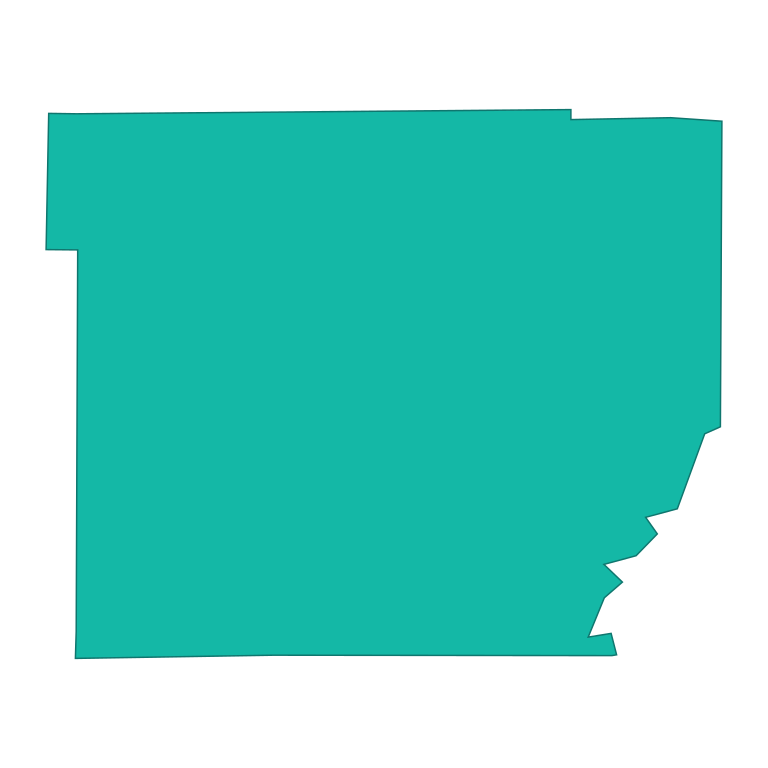 the district of Wyoming, New York, United States of America
{"feature_id": "52423323B94169185911577", "entity_name": "Wyoming", "entity_type": "district", "adm_level": 2, "iso_a3": "USA", "parent_name": "United States of America", "parent_adm1": "New York", "projection": "robinson", "projection_center": [-78.142, 42.695], "detail": "fine", "context": "isolated", "style": "filled", "palette": "teal", "viewbox_px": 768, "rotation_deg": 0, "n_neighbors": 0, "source": "geoboundaries", "source_scale": "gbopen_adm2", "svg_char_len": 426}
<svg xmlns="http://www.w3.org/2000/svg" viewBox="0 0 768 768"><path d="M616.6,654.8L611.1,633.4L588.2,637.1L604.3,597.8L622.4,582.1L603.9,564.4L636.1,555.7L657.3,533.9L645.6,517.3L677.3,508.8L704.7,433.8L720.4,426.8L721.9,121.2L670.7,117.7L570.9,119.6L570.9,109.6L76.4,113.8L48.7,113.4L46.1,249.6L77.7,249.9L76.2,631.6L75.4,658.4L273.1,655.2L611.9,655.6L616.6,654.8Z" fill="#14b8a6" stroke="#0f766e" stroke-width="1.5"/></svg>